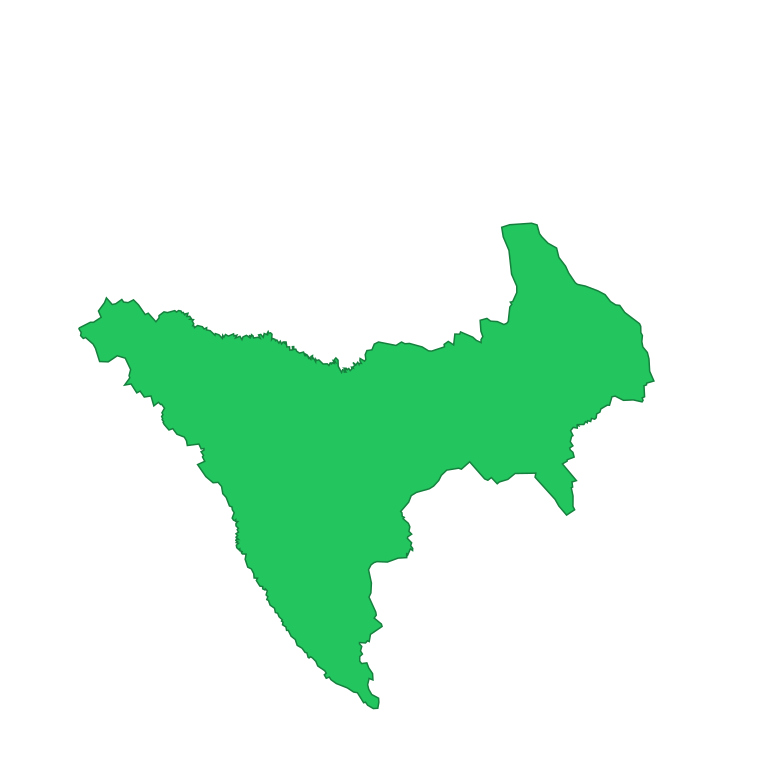 outline of Na Bon, Nakhon Si Thammarat, Thailand, rotated 320°
{"feature_id": "78962969B4441489097555", "entity_name": "Na Bon", "entity_type": "district", "adm_level": 2, "iso_a3": "THA", "parent_name": "Thailand", "parent_adm1": "Nakhon Si Thammarat", "projection": "equal_earth", "projection_center": [99.547, 8.282], "detail": "fine", "context": "isolated", "style": "filled", "palette": "green", "viewbox_px": 768, "rotation_deg": 320, "n_neighbors": 0, "source": "geoboundaries", "source_scale": "gbopen_adm2", "svg_char_len": 6171}
<svg xmlns="http://www.w3.org/2000/svg" viewBox="0 0 768 768"><g transform="rotate(320 384 384)"><path d="M270.9,193.3L264.0,190.1L261.8,187.3L255.6,187.0L254.1,188.8L249.3,189.7L248.9,178.2L245.7,177.3L246.8,165.6L246.2,158.5L240.3,157.2L237.2,153.9L237.5,150.7L230.0,150.1L226.9,148.4L226.7,139.6L222.1,142.1L212.2,144.5L210.2,151.1L201.1,150.0L198.8,148.0L186.8,145.2L185.8,145.6L185.1,149.9L182.7,151.9L182.9,155.8L185.3,156.6L186.8,166.5L185.9,171.2L180.6,184.0L187.0,189.8L197.8,190.9L202.4,197.9L199.2,210.1L194.1,213.7L193.2,215.9L184.6,218.1L190.3,221.4L188.9,231.9L192.6,232.7L192.0,239.9L197.8,243.4L193.6,252.8L199.4,253.0L199.7,256.1L200.6,256.6L200.3,261.4L195.4,263.3L194.9,265.5L192.8,265.9L192.2,268.2L191.1,268.7L191.1,271.1L190.1,271.4L189.6,273.6L189.7,281.0L193.5,282.4L193.1,289.4L196.9,296.3L196.2,300.5L193.8,304.7L203.6,311.0L202.2,316.2L204.6,317.7L203.6,318.9L200.3,318.3L199.9,322.6L198.1,323.1L197.0,328.0L189.4,325.9L188.0,340.4L189.6,349.8L193.7,352.7L193.7,358.1L190.0,364.4L190.2,369.5L187.2,378.1L188.5,380.4L187.0,382.8L186.5,386.3L181.5,389.1L181.2,391.5L181.8,392.9L183.1,392.7L182.1,394.1L183.5,395.4L180.7,395.9L179.4,397.6L179.7,400.9L177.9,401.2L177.3,403.9L174.3,403.6L174.4,406.1L172.2,406.2L172.6,409.5L171.1,408.0L169.9,408.7L170.5,410.6L168.9,410.6L170.1,412.4L167.2,412.6L166.0,414.7L166.3,417.6L167.5,417.6L166.4,419.1L167.5,421.2L166.3,421.6L166.3,423.2L169.0,425.7L165.0,429.0L161.9,436.7L163.5,440.4L162.3,445.6L159.8,449.1L162.3,451.5L159.9,452.4L159.0,459.1L160.9,461.2L159.4,462.9L160.4,465.2L161.4,464.6L161.7,467.4L158.1,469.8L158.3,472.3L155.6,473.8L156.4,475.5L154.6,480.2L156.0,485.4L153.9,489.2L155.2,491.3L154.0,494.8L154.5,499.3L153.1,499.7L153.6,501.5L151.5,503.2L152.7,507.1L151.0,510.1L152.3,511.3L150.7,517.5L151.8,522.7L149.5,528.4L151.4,533.7L151.0,538.9L152.1,540.4L150.2,544.5L150.5,545.7L152.5,545.8L153.1,547.8L153.5,552.7L152.0,557.4L154.3,565.6L153.9,568.4L151.3,568.4L150.6,572.3L153.7,573.4L153.3,576.4L154.9,582.8L160.6,593.3L162.7,600.4L165.2,603.4L163.5,615.1L165.3,615.8L165.0,619.6L167.2,625.8L170.8,628.4L175.4,624.6L177.9,621.2L175.0,614.0L176.1,608.0L178.2,603.8L183.3,600.0L185.3,603.6L189.1,598.5L189.8,591.7L191.6,586.6L187.2,583.8L187.2,580.8L190.2,577.2L193.9,577.0L194.4,573.4L198.3,570.7L198.1,567.4L199.0,566.3L203.4,570.5L206.3,570.1L207.1,571.8L212.7,567.1L226.7,568.5L227.7,566.2L226.0,557.0L229.5,556.1L231.1,553.4L235.5,537.6L239.7,535.6L246.4,528.4L252.8,516.3L257.8,514.2L261.6,514.4L264.4,515.5L272.2,522.6L283.0,526.5L289.8,531.6L292.7,528.0L292.3,530.2L298.2,527.3L298.9,529.9L300.3,528.4L300.5,525.0L303.1,523.4L302.7,517.3L304.0,516.3L308.7,516.8L308.4,512.9L312.0,510.0L313.1,506.3L312.0,499.5L313.8,499.2L312.9,497.1L315.0,494.1L314.8,492.4L326.9,490.4L333.1,487.0L339.2,487.9L351.4,493.4L356.4,494.1L363.9,493.1L369.2,490.8L376.7,490.3L387.1,496.5L388.5,499.0L399.6,498.7L400.1,521.4L401.7,524.5L406.1,524.7L406.6,533.2L409.4,533.2L417.6,536.7L426.9,536.8L443.0,549.9L439.8,552.5L440.9,582.3L439.5,589.9L439.6,601.8L449.2,602.9L450.1,599.2L456.8,591.3L460.8,583.8L462.3,584.2L465.0,579.9L469.3,581.7L469.3,559.9L474.7,560.8L475.7,559.8L482.7,562.2L484.8,557.8L484.3,554.2L485.1,552.4L489.0,552.8L489.6,547.9L494.1,544.7L495.6,545.0L496.9,539.7L501.1,538.9L503.7,542.0L505.4,539.7L506.3,541.1L506.5,539.8L511.1,543.5L514.2,542.4L514.8,544.3L516.4,543.0L518.2,545.6L520.8,543.8L522.8,546.4L524.8,546.3L527.7,543.6L531.3,544.3L534.1,542.5L541.4,543.7L543.1,545.2L550.4,540.3L553.3,541.9L556.9,550.4L564.7,556.4L570.2,563.6L571.9,563.1L572.9,560.6L575.4,561.3L582.0,552.5L584.5,553.4L585.8,552.2L592.7,555.2L595.7,545.0L603.1,535.1L606.0,529.1L606.1,522.0L608.8,517.2L613.1,513.0L613.8,509.7L617.7,504.9L618.5,502.1L614.4,483.9L615.1,475.3L612.3,472.3L610.5,466.4L610.8,457.7L607.8,450.3L601.2,438.4L596.2,432.0L595.6,429.3L596.8,417.7L598.8,410.5L599.3,399.5L603.6,390.8L600.1,381.5L599.5,372.7L599.7,368.9L603.5,360.5L600.4,355.7L582.7,342.8L574.9,339.6L569.9,348.0L565.6,362.0L552.3,381.9L548.6,394.4L544.5,399.3L535.5,403.6L533.4,402.5L533.1,405.1L529.9,405.9L519.3,416.0L517.0,416.4L514.1,415.5L511.0,409.1L506.1,404.4L505.0,399.9L498.6,397.0L492.2,405.8L490.2,411.2L486.8,412.4L485.0,414.7L482.8,410.0L482.1,405.2L476.1,393.3L474.0,394.5L470.4,391.3L462.5,398.8L460.6,392.7L455.5,392.3L454.2,394.4L441.6,389.4L439.4,387.2L437.1,380.2L429.6,369.3L425.9,366.6L424.4,363.1L418.0,362.2L406.8,348.3L402.2,347.2L396.7,350.1L392.4,347.4L388.5,349.4L385.9,353.5L383.8,354.0L382.1,349.1L380.5,350.7L379.9,353.7L378.4,352.3L377.4,353.0L377.8,350.5L374.9,351.3L374.0,347.6L373.7,351.1L371.4,350.9L370.8,352.2L369.9,350.3L369.1,351.8L366.7,352.0L367.0,349.5L365.1,349.4L365.2,347.7L363.6,346.3L364.0,348.5L362.6,348.8L362.6,350.4L361.2,349.4L362.4,347.8L361.5,346.5L358.9,347.9L360.3,341.0L364.1,336.2L363.9,333.1L361.3,333.5L360.8,336.1L360.0,333.8L359.2,336.3L357.9,334.3L356.8,334.9L356.4,333.3L353.7,334.4L353.6,332.2L350.2,329.5L349.6,323.7L347.4,322.6L347.6,321.3L345.9,323.1L346.7,319.0L345.5,318.6L347.5,316.3L345.7,316.0L343.8,317.9L343.7,315.0L342.6,316.7L343.8,312.4L343.1,310.6L342.4,312.1L341.6,311.5L342.9,307.8L339.1,306.0L338.2,302.7L338.8,300.6L337.2,299.5L338.9,297.3L337.8,296.5L335.9,299.1L333.6,297.5L335.5,294.8L333.4,293.1L336.0,288.9L334.9,287.9L334.2,289.2L333.7,287.0L331.3,287.5L332.1,284.5L329.8,285.1L330.2,281.4L328.7,281.1L329.2,279.7L327.8,277.3L326.6,277.6L330.2,273.9L330.0,271.9L328.4,270.9L328.9,269.4L326.7,270.3L326.7,272.1L324.7,268.3L321.5,270.6L321.5,266.8L319.5,265.8L318.5,269.3L317.8,267.4L313.7,264.9L314.6,262.9L314.2,261.1L313.1,262.2L311.8,260.0L312.1,262.1L311.1,262.7L309.9,258.3L306.2,257.3L303.7,258.7L304.3,254.9L299.8,253.3L302.7,252.0L300.0,250.8L301.0,248.9L295.6,247.3L294.4,244.2L291.5,245.2L291.8,243.0L289.5,245.1L289.2,240.2L287.2,237.0L285.9,238.0L285.1,231.4L282.8,228.5L284.3,226.9L281.6,226.2L281.7,223.4L278.8,219.4L275.1,219.0L275.7,217.6L274.9,216.4L276.9,215.7L277.5,212.6L279.4,212.2L276.9,209.6L278.5,209.7L278.7,207.3L276.4,205.6L279.3,203.8L276.2,202.2L275.7,203.6L276.2,200.1L275.0,199.5L275.4,197.6L273.9,195.7L271.3,195.5L270.9,193.3Z" fill="#22c55e" stroke="#15803d" stroke-width="1.5"/></g></svg>